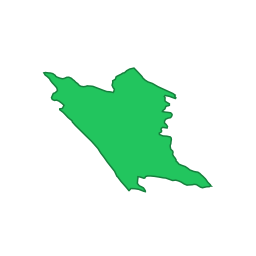 Sollefteå, Västernorrland, Sweden (Equal Earth projection), rotated 21°
{"feature_id": "70781695B14713554089347", "entity_name": "Sollefteå", "entity_type": "district", "adm_level": 2, "iso_a3": "SWE", "parent_name": "Sweden", "parent_adm1": "Västernorrland", "projection": "equal_earth", "projection_center": [16.958, 63.453], "detail": "fine", "context": "isolated", "style": "filled", "palette": "green", "viewbox_px": 256, "rotation_deg": 21, "n_neighbors": 0, "source": "geoboundaries", "source_scale": "gbopen_adm2", "svg_char_len": 2737}
<svg xmlns="http://www.w3.org/2000/svg" viewBox="0 0 256 256"><g transform="rotate(21 128 128)"><path d="M112.1,69.9L108.4,72.4L106.3,74.9L104.9,77.7L103.5,78.6L102.3,80.3L100.4,82.3L98.6,84.3L98.7,87.1L96.8,89.4L97.5,91.0L97.8,93.8L99.7,95.7L101.3,96.6L101.7,98.9L101.4,100.2L99.7,100.4L97.7,100.8L95.2,101.6L91.6,101.7L85.2,101.7L80.4,101.7L78.4,102.2L76.2,102.9L74.8,103.3L73.5,104.4L71.7,105.4L68.9,106.0L66.9,105.6L65.1,104.6L63.0,104.1L60.6,103.0L59.0,102.6L57.4,101.9L54.6,101.8L52.7,102.6L50.7,104.6L49.2,105.5L46.4,105.9L43.6,105.9L42.0,105.7L41.4,105.0L38.3,104.2L35.8,104.5L34.0,105.1L31.0,105.8L29.7,106.7L31.8,108.3L33.9,108.8L37.1,110.1L38.7,111.5L41.2,113.0L43.9,114.3L47.1,116.0L48.6,118.1L48.3,119.4L47.7,120.5L47.2,121.4L45.9,122.5L45.8,124.3L45.7,127.1L47.1,128.5L49.5,128.6L51.2,127.6L53.8,127.6L57.4,128.6L60.1,129.7L59.9,131.8L59.8,133.2L57.4,134.6L57.7,135.4L61.8,136.6L64.2,137.7L68.1,139.6L70.6,140.5L73.0,141.2L73.9,142.3L77.9,144.4L85.5,147.7L90.7,150.0L98.4,153.3L107.3,157.9L111.5,161.1L116.2,164.0L121.1,167.3L131.0,173.2L135.0,177.1L135.8,177.3L140.7,180.4L147.8,184.1L151.3,186.1L151.5,186.0L152.4,183.5L156.2,182.2L159.9,181.4L165.6,181.4L167.0,181.2L166.8,180.6L165.4,179.4L163.9,178.4L162.1,178.1L159.2,177.9L157.6,177.0L156.5,176.2L156.2,175.0L155.5,172.7L155.3,171.6L154.7,169.9L156.8,169.4L160.7,169.2L161.6,168.7L161.8,167.1L163.4,165.8L166.6,164.6L170.2,163.6L174.4,162.7L178.7,161.9L181.1,161.2L184.9,161.1L188.5,161.0L191.2,159.6L193.9,159.3L197.0,159.4L200.3,160.1L203.5,160.2L205.1,159.4L208.4,157.9L209.9,156.9L212.1,156.3L216.8,157.2L218.9,157.1L221.1,155.6L222.5,154.7L225.0,153.6L225.7,152.6L226.3,152.4L225.8,152.2L225.3,151.6L221.8,150.0L219.7,148.5L218.4,147.7L215.3,146.3L213.1,145.5L211.3,144.7L209.1,144.2L206.8,144.7L204.8,145.0L200.7,145.0L198.3,144.2L195.2,143.5L191.4,143.6L188.5,143.5L186.5,142.3L184.7,141.6L184.2,140.4L182.7,139.2L180.5,137.9L179.0,136.5L178.8,134.8L178.1,133.6L175.5,132.5L174.1,130.3L173.6,129.0L173.6,127.4L173.0,125.2L172.6,123.2L171.8,121.8L170.7,121.2L167.3,121.7L163.4,122.9L159.7,122.8L159.0,121.6L160.6,119.6L160.3,118.4L159.3,117.6L159.3,116.2L160.1,115.0L162.7,114.4L164.5,114.0L164.3,112.4L162.3,111.0L160.3,110.3L159.6,108.2L160.1,106.2L161.9,104.4L164.0,103.1L164.5,101.7L164.5,100.1L164.2,99.4L162.4,98.5L159.7,99.1L156.7,99.9L154.2,100.3L154.2,99.4L155.6,97.0L155.6,94.3L156.5,93.5L158.0,92.5L158.5,92.0L158.0,90.6L154.3,90.0L152.8,89.4L152.4,88.5L151.8,86.5L150.6,85.6L151.0,84.3L155.4,83.6L157.9,83.6L161.6,83.5L161.9,82.7L160.0,81.4L160.3,80.4L157.5,79.7L147.6,79.1L141.2,78.7L134.9,77.7L129.9,77.8L126.6,77.1L125.7,76.7L124.1,76.1L122.5,74.9L118.9,73.1L114.7,71.1L112.1,69.9Z" fill="#22c55e" stroke="#15803d" stroke-width="1.5"/></g></svg>